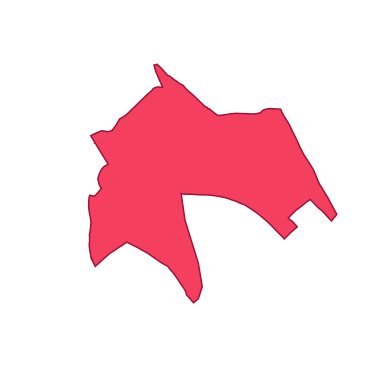 outline of Massade, Gros Islet, Saint Lucia, rotated 136°
{"feature_id": "8701671B41782818655170", "entity_name": "Massade", "entity_type": "district", "adm_level": 2, "iso_a3": "LCA", "parent_name": "Saint Lucia", "parent_adm1": "Gros Islet", "projection": "equal_earth", "projection_center": [-60.949, 14.083], "detail": "fine", "context": "isolated", "style": "filled", "palette": "rose", "viewbox_px": 384, "rotation_deg": 136, "n_neighbors": 0, "source": "geoboundaries", "source_scale": "gbopen_adm2", "svg_char_len": 3017}
<svg xmlns="http://www.w3.org/2000/svg" viewBox="0 0 384 384"><g transform="rotate(136 192 192)"><path d="M267.8,111.2L261.6,110.8L250.4,116.8L236.9,136.4L216.7,176.5L201.0,198.3L199.0,195.8L196.8,193.4L194.8,191.7L193.6,190.3L189.9,186.2L188.6,184.9L186.6,182.8L184.0,180.3L181.5,177.5L177.5,172.6L175.8,170.3L173.9,167.6L172.4,165.4L170.3,161.7L168.8,158.6L167.0,155.1L166.3,153.9L165.8,152.0L163.2,146.4L162.7,144.7L162.3,143.2L160.8,136.7L160.0,132.5L159.4,128.6L158.8,122.6L158.4,118.0L158.2,114.1L158.2,113.1L158.3,101.1L158.1,100.0L158.2,94.1L150.3,94.3L140.5,93.8L140.2,99.3L140.2,101.9L140.8,103.2L140.8,106.5L129.8,106.6L123.2,105.7L116.5,105.3L112.1,104.4L112.1,93.0L111.5,88.3L111.8,74.3L103.9,75.2L103.2,75.6L101.8,81.0L100.3,86.3L98.4,93.0L97.0,99.2L95.6,105.2L94.9,109.0L94.6,109.7L93.6,112.5L91.0,118.9L89.3,123.5L87.9,129.4L86.7,135.7L85.3,142.3L84.0,146.7L82.5,151.1L79.7,159.0L77.6,166.0L77.2,167.0L75.6,171.7L74.3,176.8L73.2,182.4L72.3,185.3L71.6,187.8L71.4,188.2L70.7,190.0L71.3,190.6L78.3,198.2L81.1,200.1L83.1,201.2L85.3,201.6L87.6,201.4L89.5,202.5L92.8,204.7L96.4,208.3L99.1,211.2L101.9,214.1L105.8,218.1L109.7,221.3L115.5,225.3L119.6,228.5L120.5,230.0L121.4,236.2L121.9,240.1L122.8,240.6L122.3,241.8L123.3,245.0L123.5,250.8L123.7,257.0L124.1,263.9L124.7,270.5L124.3,274.8L125.7,279.0L125.9,281.2L126.9,285.7L127.7,291.3L128.5,292.4L128.3,297.7L128.1,303.5L128.5,308.3L129.4,308.3L130.3,309.2L131.2,309.7L132.4,307.5L134.2,304.3L135.8,300.1L138.6,292.6L140.5,287.6L140.7,287.8L143.1,290.8L145.3,292.4L147.7,293.2L148.8,293.2L150.6,292.9L155.8,293.2L167.9,293.2L180.1,293.2L185.3,293.2L187.0,293.4L193.6,294.8L199.9,292.9L206.6,291.8L210.2,293.4L214.4,298.8L219.7,300.9L225.7,302.9L226.8,298.0L226.9,297.6L227.6,294.7L228.0,294.6L227.7,294.2L227.8,293.7L227.9,293.2L228.0,292.8L228.1,292.4L228.2,292.0L228.3,291.5L228.5,290.7L228.6,290.3L228.7,289.9L228.8,289.5L228.8,289.1L228.9,288.7L229.0,288.4L229.1,287.9L229.2,287.5L229.3,287.1L229.4,286.8L229.5,286.3L229.6,286.0L229.7,285.5L229.7,285.2L229.8,284.8L229.9,284.5L230.0,284.1L230.0,283.8L230.1,283.5L230.2,283.1L230.3,282.6L230.4,282.3L230.5,281.7L230.7,281.0L230.7,280.6L230.8,280.1L230.9,279.6L231.1,279.1L231.2,278.6L231.3,278.1L232.7,271.5L232.8,271.1L233.0,270.3L233.8,270.3L237.3,271.4L241.6,271.1L246.6,269.2L250.2,267.2L251.0,266.2L253.8,261.4L254.9,257.4L263.8,256.7L265.1,256.8L266.3,258.6L267.6,260.6L269.4,259.9L271.3,258.3L274.4,255.4L277.0,252.8L280.6,247.8L283.1,243.8L286.1,240.0L291.6,235.3L295.8,232.2L297.5,230.1L298.5,229.2L299.3,228.3L300.2,227.5L301.7,226.2L302.6,225.4L303.4,224.5L304.1,223.6L305.4,221.9L306.0,221.2L308.4,217.4L309.0,216.8L310.1,215.2L310.3,213.6L310.7,214.0L311.2,212.4L311.6,211.0L313.3,205.7L294.4,205.0L273.8,201.2L269.9,190.4L266.3,178.3L263.2,162.3L261.1,155.4L261.3,153.6L261.4,153.0L261.6,149.7L261.8,146.0L262.9,139.5L264.0,133.1L265.1,126.9L265.8,124.5L267.4,121.8L267.5,118.1L267.7,113.6L267.8,113.0L267.8,111.6L267.8,111.2Z" fill="#f43f5e" stroke="#9f1239" stroke-width="1.5"/></g></svg>